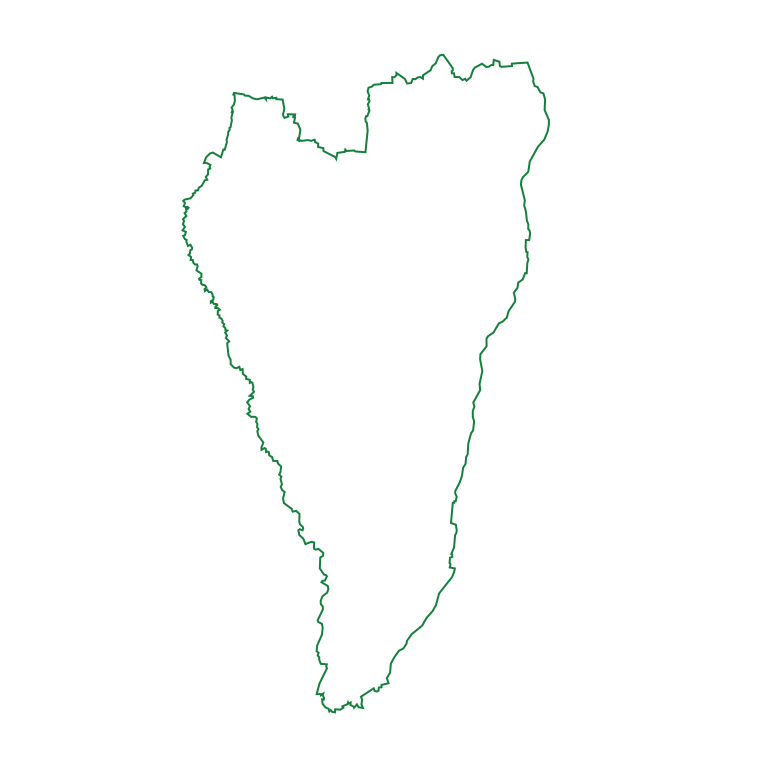 the district of Nong Ya Sai, Suphan Buri, Thailand, rotated 265°
{"feature_id": "78962969B37617655473411", "entity_name": "Nong Ya Sai", "entity_type": "district", "adm_level": 2, "iso_a3": "THA", "parent_name": "Thailand", "parent_adm1": "Suphan Buri", "projection": "albers", "projection_center": [99.839, 14.777], "detail": "fine", "context": "isolated", "style": "outline", "palette": "green", "viewbox_px": 768, "rotation_deg": 265, "n_neighbors": 0, "source": "geoboundaries", "source_scale": "gbopen_adm2", "svg_char_len": 6122}
<svg xmlns="http://www.w3.org/2000/svg" viewBox="0 0 768 768"><g transform="rotate(265 384 384)"><path d="M63.1,334.8L66.9,333.6L71.4,334.7L74.5,333.8L81.7,347.2L79.1,347.9L78.3,350.2L78.8,351.7L82.1,352.5L82.1,355.0L84.4,355.3L85.5,362.4L90.7,361.2L95.9,364.9L104.9,366.5L110.8,370.4L117.0,375.7L118.8,380.2L123.2,383.7L126.4,384.7L132.5,389.9L139.9,400.9L147.4,406.1L153.5,412.6L159.2,416.5L170.5,420.6L186.0,435.2L191.0,437.6L194.1,438.5L195.5,433.5L198.6,434.5L200.0,433.7L205.2,434.6L205.8,437.0L208.3,437.0L208.7,436.2L215.2,439.6L227.1,441.6L229.5,443.2L232.3,443.7L237.6,443.3L239.7,438.6L259.6,442.2L259.6,443.7L261.1,443.8L261.1,445.3L265.5,446.6L268.8,445.4L271.2,445.7L279.6,451.0L285.8,453.7L293.7,455.5L297.4,458.3L303.9,459.4L306.7,461.2L317.4,462.8L327.5,466.5L329.9,468.7L338.9,470.5L343.6,469.6L349.4,470.1L353.6,472.1L357.7,471.3L369.6,479.3L375.8,479.2L388.3,483.1L400.1,481.9L405.2,482.6L412.7,489.5L420.0,490.0L422.5,491.8L425.8,497.6L434.4,503.7L435.8,507.6L439.4,512.1L445.8,514.5L454.5,521.6L457.4,522.2L463.6,521.3L468.3,525.4L473.2,526.5L476.1,531.3L482.2,534.3L481.9,535.8L491.9,537.3L495.4,538.7L498.2,537.8L502.8,538.5L502.9,537.4L507.5,536.9L515.0,537.9L514.8,541.2L521.1,542.7L524.2,542.4L525.8,541.2L530.5,541.7L534.2,540.6L543.7,540.4L549.6,539.2L554.9,540.3L570.5,537.8L574.9,538.6L578.0,540.5L582.8,546.2L592.9,548.6L607.0,558.1L613.4,564.9L621.2,569.0L627.7,570.8L632.6,571.3L642.9,567.9L653.6,569.3L659.6,568.1L660.9,565.2L666.4,562.9L667.7,560.1L672.3,559.0L675.2,559.5L691.7,555.0L692.0,539.3L689.6,539.2L689.7,528.7L690.7,527.2L695.0,527.0L697.3,521.6L692.2,520.6L692.5,518.8L691.0,516.2L690.9,513.5L694.5,509.6L691.3,502.0L689.1,500.1L682.1,497.0L678.9,492.7L681.0,491.4L679.9,488.7L683.2,485.8L683.7,481.1L687.4,480.8L687.6,478.7L689.8,478.7L690.3,479.8L692.5,480.1L706.8,471.7L706.6,468.5L705.0,466.7L698.9,463.4L696.3,459.7L692.6,457.8L688.1,449.7L684.8,449.4L686.7,446.8L686.4,444.2L684.9,441.8L685.4,439.2L681.5,437.3L681.3,433.2L686.1,431.4L692.8,423.5L690.7,423.4L688.7,421.2L689.0,418.9L683.2,418.7L684.1,407.7L683.0,407.3L683.0,399.7L681.3,397.9L680.5,394.4L677.0,393.2L672.7,394.4L669.0,392.9L669.0,393.9L667.1,394.2L664.0,392.3L659.7,393.1L658.8,392.5L657.8,393.4L652.3,390.7L652.3,389.4L649.9,388.5L647.0,388.6L645.6,389.7L637.8,389.8L616.5,385.7L618.2,375.6L619.2,374.7L619.4,367.0L620.9,365.9L618.7,365.3L618.3,357.7L612.5,356.0L614.4,355.2L621.3,344.1L624.3,344.1L625.9,339.0L629.2,339.4L631.1,336.5L633.4,336.2L632.6,332.6L633.6,329.4L633.4,323.0L634.3,321.2L633.5,320.8L634.5,319.1L636.6,320.0L636.4,320.8L644.5,322.9L651.0,320.8L652.2,317.1L657.2,318.6L657.7,316.9L659.0,317.2L659.2,318.7L660.3,319.0L661.1,311.7L658.7,311.9L657.8,308.0L661.0,306.8L666.8,308.7L676.2,307.8L677.1,301.6L678.5,301.7L678.3,298.1L679.9,297.5L678.5,295.5L679.8,291.2L677.9,291.2L679.8,290.0L678.7,282.3L680.0,278.2L682.8,274.5L683.5,270.4L684.6,269.8L687.1,259.9L685.4,259.2L685.1,260.2L679.1,260.2L675.6,258.9L672.7,256.3L670.2,257.1L668.1,256.1L668.1,257.1L662.7,255.2L659.8,255.4L653.2,253.5L652.5,252.3L650.8,252.5L648.5,250.6L646.8,250.7L640.9,248.4L638.5,248.6L631.2,245.7L631.6,244.4L624.1,241.3L629.5,233.7L628.8,230.7L625.4,226.6L619.9,223.9L619.7,226.5L617.4,230.2L615.5,229.1L613.8,229.7L613.1,227.5L608.1,226.9L605.8,224.5L602.9,225.7L602.5,223.1L597.3,219.7L595.7,216.6L593.1,215.6L593.2,213.1L591.0,212.5L590.3,210.2L588.8,210.6L585.9,207.5L585.0,201.3L584.0,200.0L581.7,201.5L578.5,200.0L577.3,202.2L577.6,203.7L576.5,204.7L575.6,203.7L575.9,202.0L573.0,202.2L571.6,200.2L568.6,201.8L565.8,198.1L563.8,199.0L560.7,197.6L557.9,199.4L554.6,196.7L552.8,199.9L549.7,198.7L549.1,196.9L545.6,198.3L544.8,199.9L542.7,199.5L538.6,200.7L539.6,203.2L536.4,204.8L534.9,204.4L534.1,202.7L530.8,202.0L529.6,200.4L527.4,202.9L524.4,202.2L524.3,204.2L521.3,204.7L519.5,206.2L519.4,208.2L517.6,208.6L513.5,207.1L509.8,211.7L506.8,211.5L504.8,208.9L503.8,209.3L503.4,211.0L500.2,210.5L498.6,211.8L498.1,214.1L495.9,215.4L494.1,213.5L492.2,213.7L493.5,216.0L490.9,217.4L490.5,219.9L488.4,221.0L486.0,221.0L485.4,221.9L482.7,221.2L481.7,218.8L480.1,218.6L480.8,220.5L478.7,221.3L478.1,224.5L477.0,224.8L475.8,222.8L474.4,222.6L474.1,225.2L472.2,226.9L471.2,224.8L467.6,224.4L466.6,226.1L464.4,225.8L463.4,227.6L461.1,228.8L459.4,228.2L457.7,230.0L455.5,229.1L453.4,230.9L451.7,230.7L450.9,232.5L449.1,230.2L445.9,231.8L443.6,230.4L440.0,233.5L438.2,231.3L425.8,231.6L421.6,233.3L417.0,233.0L413.3,236.1L412.6,238.5L413.7,241.4L410.4,242.1L411.2,244.4L406.4,244.3L403.3,247.5L401.2,247.0L399.9,250.7L396.9,250.4L397.4,252.1L396.7,253.0L392.2,253.7L390.2,252.7L387.6,253.8L383.9,249.2L383.2,252.2L381.7,252.4L380.1,248.5L377.6,246.1L373.5,248.6L371.0,246.9L368.1,248.4L366.3,245.3L362.9,248.7L362.5,252.9L360.7,254.4L357.6,253.3L355.3,254.4L352.1,253.8L349.9,255.0L348.0,253.7L343.7,254.2L336.2,258.7L331.2,256.3L329.1,256.3L330.6,259.3L329.9,260.5L326.5,260.6L326.9,262.2L326.1,263.3L322.8,263.5L321.0,266.1L317.1,266.9L316.6,271.1L314.1,271.4L310.8,274.3L305.0,273.1L302.9,271.7L300.7,273.6L298.6,272.6L293.0,273.6L290.5,272.1L287.3,273.3L285.1,275.6L278.6,273.4L274.0,274.0L267.7,281.1L264.8,282.0L265.2,285.5L261.8,288.5L254.2,287.6L251.5,288.1L248.6,290.7L247.1,290.9L245.4,290.1L246.7,287.3L245.7,285.9L240.9,286.5L236.8,290.2L231.3,291.8L233.1,297.8L232.2,300.6L226.1,299.9L225.0,301.6L225.4,304.3L221.0,308.8L218.1,308.2L216.7,305.4L205.8,304.0L199.4,307.6L198.4,309.9L197.3,310.3L193.3,308.0L193.3,305.5L192.0,304.4L187.7,310.4L184.7,310.7L181.1,309.2L177.8,304.1L173.4,302.0L170.3,301.9L167.6,303.6L164.9,303.5L154.3,297.3L152.7,297.7L150.5,301.2L146.5,301.7L139.6,300.3L129.3,294.6L123.6,293.6L122.0,295.4L119.2,294.3L117.5,295.7L114.9,295.4L110.8,296.6L109.7,302.6L107.6,301.8L105.8,302.4L91.2,293.6L80.9,289.9L80.6,294.1L79.4,294.1L80.8,296.4L79.2,295.9L76.3,296.9L74.9,296.5L75.3,294.8L70.7,295.0L66.9,297.5L65.3,300.5L62.6,301.0L63.8,302.5L61.8,303.9L61.2,306.5L64.2,307.0L63.4,312.0L65.0,315.3L66.5,314.5L68.2,319.7L70.0,320.5L68.8,321.0L69.6,323.0L67.2,322.6L65.1,325.8L64.1,326.0L67.2,329.1L64.2,330.5L63.1,334.8Z" fill="none" stroke="#15803d" stroke-width="2"/></g></svg>